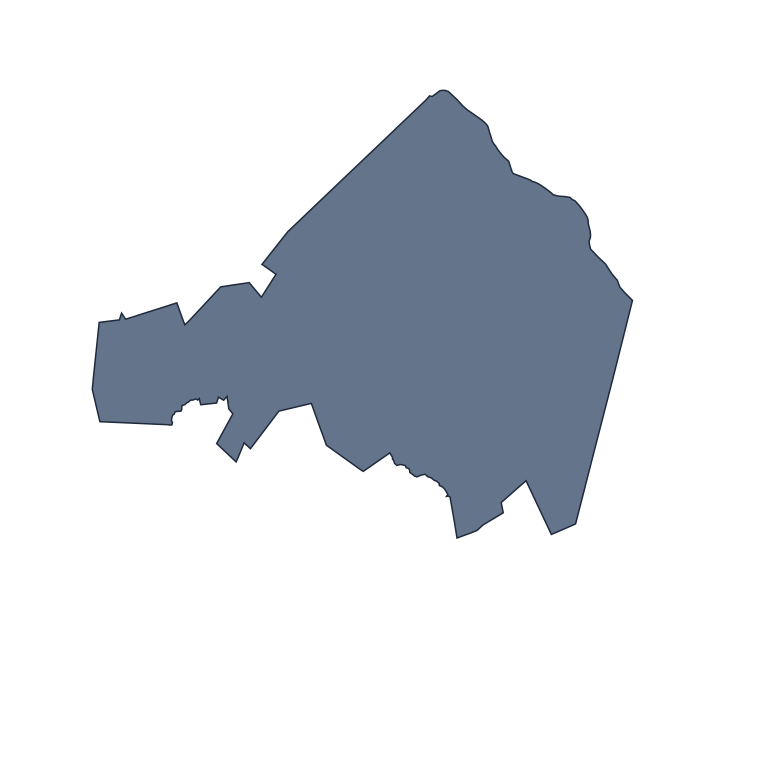 Pimenteiras, Piauí, Brazil, rotated 328°
{"feature_id": "56859067B57071973654521", "entity_name": "Pimenteiras", "entity_type": "district", "adm_level": 2, "iso_a3": "BRA", "parent_name": "Brazil", "parent_adm1": "Piauí", "projection": "robinson", "projection_center": [-41.189, -6.401], "detail": "fine", "context": "isolated", "style": "filled", "palette": "slate", "viewbox_px": 768, "rotation_deg": 328, "n_neighbors": 0, "source": "geoboundaries", "source_scale": "gbopen_adm2", "svg_char_len": 2319}
<svg xmlns="http://www.w3.org/2000/svg" viewBox="0 0 768 768"><g transform="rotate(328 384 384)"><path d="M179.0,303.9L180.6,305.3L182.4,306.3L184.1,304.7L184.5,302.2L186.2,300.2L188.2,298.4L190.3,298.3L192.0,296.9L194.0,297.6L195.4,298.4L197.5,299.4L199.0,298.4L200.0,296.7L201.5,295.3L203.9,296.0L206.8,295.5L208.9,295.7L211.2,295.2L213.8,296.5L216.2,296.7L217.6,298.9L219.6,298.4L217.6,304.5L231.9,311.4L236.7,307.5L239.4,312.8L244.3,311.3L239.2,322.9L240.0,329.2L210.5,345.8L217.3,371.7L220.8,369.4L234.2,359.8L236.4,368.1L280.5,351.3L309.6,361.1L312.1,362.0L306.5,387.6L304.5,397.2L302.7,405.4L318.7,444.2L320.1,447.1L352.4,445.5L352.3,447.5L352.4,450.6L351.5,452.0L351.6,454.4L350.9,456.7L351.7,459.8L354.9,460.8L357.1,462.5L358.9,464.8L358.4,466.7L360.1,468.6L360.0,471.2L359.0,472.7L360.4,476.0L361.2,478.4L362.7,480.2L364.3,480.6L367.0,480.8L371.2,482.5L371.9,485.8L373.4,487.4L374.6,489.3L375.6,492.5L377.0,494.0L378.1,497.6L377.1,499.4L378.7,501.6L379.5,503.8L379.8,506.2L379.7,509.2L379.8,511.4L377.4,512.4L379.2,513.2L380.1,514.9L370.4,538.8L364.3,553.3L374.8,555.5L376.3,555.9L385.4,557.5L393.4,556.0L416.9,556.4L420.6,546.6L453.2,541.3L446.2,600.3L472.3,604.2L526.7,552.3L577.5,504.0L586.9,495.0L639.0,444.8L636.4,433.3L635.4,427.0L636.0,423.3L636.9,419.6L636.4,417.0L635.6,411.1L635.4,399.4L634.6,396.6L632.7,389.2L630.7,379.0L632.2,374.5L633.8,371.3L636.0,369.8L637.8,367.7L638.8,365.8L639.8,363.7L642.0,356.8L643.9,353.3L644.7,350.2L644.9,347.4L644.4,338.4L643.4,331.6L642.9,329.5L641.4,327.4L640.6,324.2L639.3,323.2L636.7,320.9L631.5,317.1L627.8,313.2L627.0,310.2L624.2,302.8L622.5,298.9L620.7,295.4L618.7,292.5L616.9,290.6L616.4,288.9L614.6,286.5L605.0,273.9L605.2,271.2L607.8,261.2L606.0,255.3L605.2,250.5L604.8,246.2L604.7,243.9L604.8,241.2L604.4,238.8L604.4,235.7L606.0,230.1L606.6,227.4L608.5,221.1L608.6,219.1L608.1,216.3L606.8,211.9L602.1,200.7L600.1,196.2L598.2,190.1L596.6,181.3L593.6,170.1L591.4,167.4L589.5,166.1L586.9,164.9L577.2,165.7L575.3,163.8L570.1,165.4L529.9,173.6L526.9,174.3L472.6,185.4L418.7,196.5L382.9,203.9L343.9,217.9L350.6,233.7L326.0,245.4L323.4,226.6L310.2,220.8L297.0,215.1L251.1,227.4L246.4,228.2L251.3,205.4L199.2,192.1L199.0,184.8L193.6,189.4L175.1,180.8L140.4,225.3L133.8,233.9L123.1,265.4L179.0,303.9Z" fill="#64748b" stroke="#1e293b" stroke-width="1.5"/></g></svg>